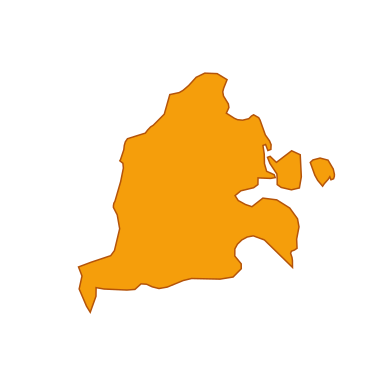 the Department of Valle, rotated 249°
{"feature_id": "HND-645", "entity_name": "Valle", "entity_type": "Department", "adm_level": 1, "iso_a3": "HND", "parent_name": "Honduras", "parent_adm1": "", "projection": "mercator", "projection_center": [-87.601, 13.55], "detail": "fine", "context": "isolated", "style": "filled", "palette": "amber", "viewbox_px": 384, "rotation_deg": 249, "n_neighbors": 0, "source": "natural_earth", "source_scale": "10m", "svg_char_len": 1812}
<svg xmlns="http://www.w3.org/2000/svg" viewBox="0 0 384 384"><g transform="rotate(249 192 192)"><path d="M107.3,212.2L102.7,210.5L97.9,199.9L100.6,187.0L111.4,160.6L112.5,152.1L112.1,134.8L113.7,126.6L117.7,120.9L122.2,116.5L124.5,111.5L121.5,103.8L123.8,96.1L133.0,75.0L137.1,68.2L129.1,65.0L116.2,53.9L123.2,52.6L141.9,51.9L153.0,59.2L162.7,59.2L162.6,72.9L161.7,93.3L165.1,98.6L183.6,111.3L197.5,114.0L205.8,113.1L207.5,113.8L209.6,115.1L210.9,116.7L227.1,129.0L238.9,136.5L243.6,137.8L247.0,135.8L247.9,136.9L255.9,143.5L259.8,145.5L262.8,147.8L264.9,150.9L263.7,169.5L265.8,172.9L267.6,176.7L268.2,179.8L274.6,194.0L290.9,206.2L289.4,215.7L290.1,220.1L292.6,227.1L297.6,237.0L298.4,246.5L293.5,257.9L284.3,265.0L277.6,258.8L274.5,256.6L270.3,255.8L261.2,257.5L257.6,256.7L253.3,252.3L245.6,258.0L243.2,260.4L240.9,265.0L240.1,271.3L241.6,274.7L242.0,277.2L237.5,280.9L234.7,281.3L219.0,280.9L211.9,282.7L207.8,282.8L203.5,280.9L203.5,277.7L210.0,277.7L210.0,274.9L201.4,273.0L192.5,269.8L184.6,269.1L178.7,274.9L175.6,274.9L176.5,270.3L181.5,258.7L175.3,256.2L173.9,251.1L175.6,238.0L173.2,230.9L167.5,232.1L161.2,237.4L156.8,242.7L160.9,256.0L154.3,268.3L142.0,277.5L129.2,280.9L121.1,279.4L110.5,272.8L101.8,269.9L101.1,266.8L101.1,263.6L99.5,262.1L95.0,261.9L92.0,261.2L85.6,258.8L121.3,242.4L129.1,233.5L130.2,227.5L129.4,221.3L127.0,215.7L123.5,211.6L116.9,209.0L107.3,212.2ZM173.9,276.3L178.4,277.7L190.7,275.0L197.3,274.9L197.3,277.7L189.4,281.4L194.8,299.8L188.0,306.4L167.0,299.5L157.3,293.7L158.4,285.6L164.3,276.9L168.4,274.2L173.9,276.3ZM177.2,313.0L178.6,316.4L177.8,323.7L173.0,330.4L162.9,332.1L157.5,331.3L155.6,330.5L153.6,328.9L153.6,326.1L156.8,326.1L155.0,323.6L152.3,318.4L150.6,316.0L157.9,313.5L163.7,312.7L177.2,313.0Z" fill="#f59e0b" stroke="#b45309" stroke-width="1.5"/></g></svg>